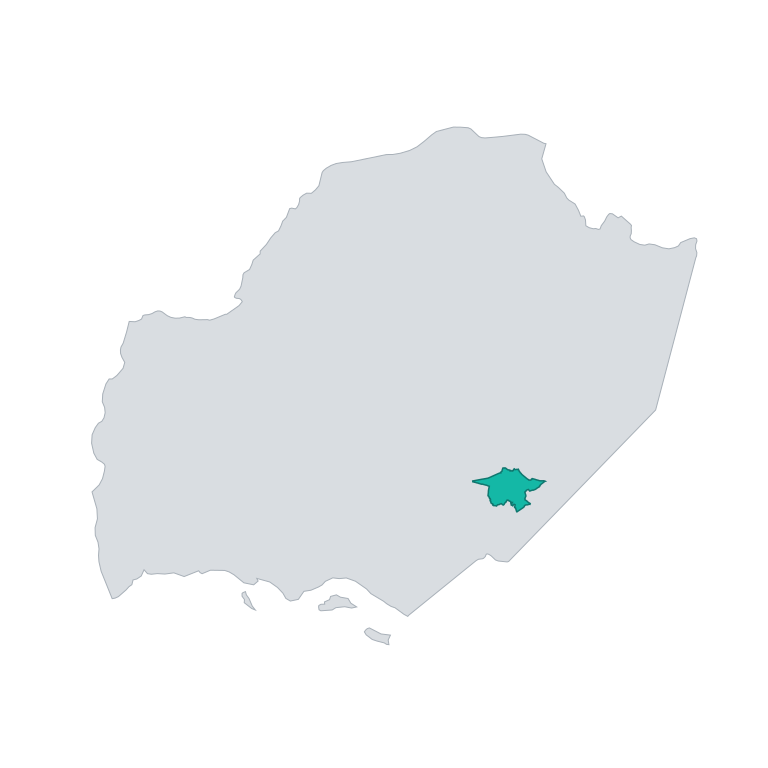 Monduli, Arusha, United Republic of Tanzania (highlighted), rotated 105°
{"feature_id": "72390352B11439822404473", "entity_name": "Monduli", "entity_type": "district", "adm_level": 2, "iso_a3": "TZA", "parent_name": "United Republic of Tanzania", "parent_adm1": "Arusha", "projection": "orthographic", "projection_center": [36.288, -3.452], "detail": "fine", "context": "in_parent", "style": "filled", "palette": "teal", "viewbox_px": 768, "rotation_deg": 105, "n_neighbors": 0, "source": "geoboundaries", "source_scale": "gbopen_adm2", "svg_char_len": 8552}
<svg xmlns="http://www.w3.org/2000/svg" viewBox="0 0 768 768"><g transform="rotate(105 384 384)"><path d="M287.7,538.0L279.6,533.7L272.2,531.2L266.1,528.3L263.4,525.5L257.8,524.4L252.9,524.0L248.3,521.4L239.0,520.5L238.0,518.7L237.8,514.9L236.1,513.8L232.8,512.9L229.1,512.9L226.9,513.5L225.6,513.2L222.5,511.0L219.7,508.1L218.6,503.5L214.3,500.5L209.4,498.2L195.8,498.5L193.6,497.8L190.4,495.5L186.5,491.6L183.4,487.2L180.7,481.2L177.8,473.1L161.7,440.9L160.0,434.8L156.9,428.0L151.8,419.7L146.4,413.5L139.2,408.0L131.0,402.4L126.5,398.7L117.9,383.5L116.1,376.4L114.7,369.0L115.2,366.0L120.4,356.4L120.8,353.7L120.2,350.1L117.5,342.5L114.1,333.3L107.3,316.6L106.3,312.3L106.3,309.1L110.1,292.0L110.0,289.7L125.7,289.9L137.1,282.3L147.0,271.1L149.0,266.4L153.0,259.2L157.0,255.6L158.5,253.1L160.7,246.0L165.9,241.1L171.0,237.3L170.0,234.7L170.7,233.7L173.5,231.8L178.9,230.0L179.9,226.3L179.9,222.0L179.0,219.7L179.2,216.9L178.3,215.4L174.8,215.1L169.5,213.0L165.0,212.1L162.0,210.9L160.9,210.0L160.5,207.4L162.9,200.9L160.4,198.2L165.8,187.4L166.8,186.0L168.8,185.8L172.0,184.7L174.9,184.1L177.3,184.5L179.1,184.1L180.6,182.8L181.9,179.2L183.0,173.0L182.4,168.0L180.1,164.2L179.4,158.3L180.4,150.4L179.7,143.8L177.1,138.6L174.5,135.4L170.6,134.0L164.4,126.0L162.5,122.1L162.8,119.7L164.9,118.7L168.9,119.0L172.6,118.1L176.1,115.8L179.4,115.2L181.2,115.5L338.8,114.9L523.2,217.7L524.0,219.0L525.4,227.8L525.1,230.8L522.3,235.9L521.4,238.6L521.4,240.5L522.1,241.2L524.5,241.5L526.6,242.7L527.3,243.6L528.9,247.5L530.9,249.4L600.7,300.1L602.3,300.9L601.3,305.1L597.3,315.4L597.0,319.6L595.5,324.7L594.0,328.0L589.9,342.4L586.5,347.8L581.9,360.5L581.1,370.2L583.6,377.0L584.5,383.3L589.8,389.6L594.1,391.8L597.0,394.7L602.1,401.2L605.0,407.7L614.2,411.0L617.9,418.3L616.5,423.3L612.2,427.5L608.1,434.2L604.8,443.1L604.7,456.6L606.9,454.6L611.7,457.9L612.3,467.9L607.1,479.5L605.6,484.9L605.3,489.6L608.8,503.5L614.3,510.6L613.8,512.8L612.4,514.7L621.7,527.2L620.8,538.1L624.3,546.5L625.8,553.9L628.0,559.5L628.4,563.4L625.5,567.7L632.3,568.8L636.3,572.3L638.2,575.7L643.1,575.6L645.8,577.9L649.6,579.8L658.1,585.5L660.4,588.3L661.7,591.0L638.0,608.8L629.5,613.3L623.4,615.4L617.0,616.6L610.8,619.3L604.9,623.7L597.5,625.9L588.4,625.9L578.9,629.0L563.8,638.1L555.2,633.0L548.3,631.4L540.5,631.5L535.7,632.1L533.9,633.2L532.4,636.4L531.1,641.5L525.9,646.4L516.9,651.1L508.6,652.8L500.9,651.6L495.8,649.7L493.1,646.9L489.1,645.7L483.9,645.9L478.9,647.8L474.1,651.5L466.4,653.1L455.9,652.6L450.3,650.8L449.5,647.8L444.9,644.2L436.4,640.1L430.2,640.0L426.2,643.9L422.6,646.4L419.3,647.4L416.4,647.6L412.1,646.5L400.5,646.1L389.5,646.3L388.3,640.5L386.0,637.1L384.0,635.0L380.2,634.5L379.2,632.9L377.9,629.3L376.0,626.3L373.5,623.8L372.0,621.5L371.5,619.3L371.8,616.9L374.1,611.1L374.8,607.1L374.5,602.9L373.3,598.7L370.6,593.7L370.9,592.3L370.0,588.8L369.9,586.4L370.4,583.4L369.9,579.5L367.5,571.1L367.5,568.9L365.1,564.9L357.7,555.3L357.4,554.0L345.8,544.3L341.1,542.2L339.5,544.0L338.9,545.7L339.4,548.8L339.1,550.4L338.6,551.1L335.9,551.0L334.2,550.6L329.8,548.0L326.4,547.4L317.9,547.9L315.0,548.5L312.7,547.9L308.2,543.5L302.9,542.6L298.2,542.4L290.4,537.3L287.7,538.0ZM615.7,375.6L619.4,386.3L618.9,388.3L616.2,389.5L614.8,389.6L613.1,387.9L612.0,384.3L609.9,385.1L606.4,380.8L603.0,380.6L600.0,375.4L601.2,370.9L600.5,363.2L604.3,359.3L606.4,352.7L608.8,357.3L609.3,364.3L612.5,372.6L615.7,375.6ZM634.5,311.8L634.8,314.3L634.0,316.7L634.1,324.3L633.8,329.3L630.9,336.3L628.5,338.8L626.5,338.1L624.7,336.9L623.4,335.0L626.2,322.2L624.9,312.8L630.2,313.7L634.5,311.8ZM625.7,466.2L623.0,466.9L622.0,466.2L620.4,464.1L623.3,462.4L626.1,458.9L632.6,453.8L635.6,449.8L635.1,453.7L631.4,462.4L628.3,463.0L625.7,466.2Z" fill="#d9dde1" stroke="#a8b0b8" stroke-width="1"/><path d="M473.1,222.5L472.4,221.9L472.0,221.6L471.6,221.2L468.4,218.4L467.2,217.4L466.6,217.0L465.7,216.7L465.2,216.8L464.5,216.2L463.9,215.4L463.8,214.6L462.4,212.1L462.4,211.9L462.0,212.0L461.6,211.9L461.3,212.9L461.3,213.1L461.0,213.9L460.3,215.4L460.2,215.4L459.8,216.4L459.4,217.8L459.2,217.8L458.9,217.9L458.5,218.3L458.1,218.3L457.8,218.1L457.7,218.1L457.4,218.2L457.1,218.2L456.7,218.1L456.2,218.0L456.0,217.9L455.9,217.9L455.6,218.1L455.3,218.1L455.2,218.1L454.9,218.2L454.7,218.2L454.6,218.3L454.4,218.4L454.3,218.5L454.2,218.6L453.9,218.8L453.5,219.0L453.4,219.1L453.2,219.3L452.7,219.5L452.4,219.8L452.3,219.7L452.0,219.7L451.9,219.7L451.8,219.8L451.7,219.9L451.4,219.8L451.1,219.5L450.8,219.4L450.7,219.2L450.4,219.0L450.0,219.0L449.9,219.0L449.5,218.6L449.1,218.2L448.5,217.2L449.6,215.7L449.7,215.4L449.3,215.0L448.7,214.1L448.5,213.7L448.0,212.9L447.9,212.5L447.8,212.1L447.2,211.4L446.6,210.5L445.9,209.9L445.3,209.4L444.8,209.1L444.6,208.9L443.7,207.9L443.3,207.5L443.1,207.4L442.9,207.2L442.6,207.1L442.3,207.1L442.2,207.3L441.5,207.1L441.4,206.9L440.8,206.6L440.6,206.5L440.4,206.5L437.8,204.5L437.1,204.0L436.4,203.4L436.2,203.1L436.1,203.6L436.1,203.8L436.2,205.0L436.6,206.1L436.9,207.4L437.1,207.9L437.1,208.1L437.1,208.6L437.2,209.2L437.1,209.5L437.1,210.4L437.1,211.8L437.1,212.4L437.0,213.1L437.0,216.3L437.8,216.5L438.0,216.6L437.9,216.9L438.1,216.9L439.1,217.8L439.2,218.9L439.3,219.1L439.1,219.2L438.9,219.6L438.9,220.4L436.2,226.3L435.5,227.7L434.8,228.5L434.5,229.3L433.7,230.1L433.1,231.0L432.7,231.2L432.1,231.7L431.5,232.4L432.2,233.1L432.2,234.1L432.7,234.9L432.7,235.2L432.7,235.5L432.6,235.8L432.2,236.2L432.2,236.3L432.1,236.5L432.1,236.8L432.2,236.6L432.4,236.5L432.5,236.5L433.5,236.8L433.6,236.7L433.9,236.8L434.1,236.7L434.2,236.8L434.3,237.0L434.5,237.1L434.5,237.3L434.8,237.5L434.7,237.8L434.9,238.1L435.0,238.4L435.0,238.7L434.8,239.0L434.7,239.2L434.7,239.3L434.8,239.4L434.7,239.4L434.7,239.6L434.9,239.7L435.0,239.7L434.9,239.9L434.9,240.3L434.7,240.6L434.6,240.9L434.7,241.4L434.8,241.7L434.8,242.2L434.7,242.5L434.7,242.8L434.2,243.6L434.2,244.0L433.9,244.3L433.8,244.9L433.7,245.1L433.7,245.5L434.0,245.7L434.1,246.0L434.1,246.7L434.5,247.5L436.1,247.5L436.7,247.6L437.2,247.5L437.6,247.4L438.7,248.1L439.0,248.5L439.3,248.5L439.6,248.3L439.7,248.7L439.8,248.7L440.2,249.3L440.6,250.0L448.0,259.1L449.9,263.1L450.8,265.1L453.4,270.5L454.7,273.2L455.5,272.9L455.5,272.5L455.4,272.0L455.5,271.2L455.4,270.6L455.4,270.0L455.5,269.5L455.4,267.7L455.5,267.0L455.5,266.1L455.5,265.7L455.5,264.6L455.6,264.3L455.5,263.8L455.3,263.0L455.2,262.7L455.3,262.2L455.3,261.6L455.3,260.6L455.3,259.5L455.2,259.1L455.2,258.6L455.4,257.8L455.4,257.6L455.4,257.2L455.5,256.7L455.5,255.8L456.2,255.7L456.6,255.8L456.9,255.7L457.7,255.7L458.9,255.6L459.4,255.6L459.6,255.5L459.8,255.5L460.3,255.5L461.7,255.1L462.2,255.1L463.1,254.9L464.7,254.7L464.8,254.5L465.0,254.5L465.2,254.4L465.2,254.2L465.4,253.7L465.6,253.5L465.7,253.4L465.8,253.3L466.1,253.2L466.4,252.8L466.5,252.8L466.6,252.7L466.7,252.8L466.8,252.7L467.0,252.6L467.1,252.3L467.2,252.2L467.3,252.2L467.5,252.1L467.6,251.9L467.5,251.7L467.8,251.6L468.0,251.5L467.9,251.3L468.1,251.2L468.3,251.1L468.6,251.2L468.7,251.4L468.8,251.4L468.9,251.2L469.1,251.1L469.3,251.2L469.6,251.0L469.7,250.6L469.8,250.6L470.0,250.4L470.3,250.2L470.6,250.2L470.8,250.1L471.0,249.9L471.2,249.6L471.3,249.6L471.3,249.4L471.4,249.2L471.5,249.2L471.7,248.7L471.7,248.4L471.6,248.1L471.8,247.8L472.1,247.8L472.1,247.7L472.3,247.6L472.5,247.5L472.5,247.3L473.0,247.3L473.1,246.3L472.8,245.6L472.7,244.2L472.7,243.7L472.4,243.7L472.2,243.6L471.6,243.2L471.2,243.0L471.1,242.8L471.0,242.5L470.9,241.8L470.7,241.7L470.4,241.4L470.0,240.9L469.8,240.6L469.2,239.8L469.2,239.6L469.5,239.1L469.8,238.4L470.0,238.0L470.0,237.8L470.0,237.7L470.0,237.4L469.9,237.2L469.6,237.1L469.1,236.8L468.9,236.8L468.5,236.7L468.3,236.6L467.9,236.5L467.2,236.2L466.7,235.9L466.7,235.7L466.4,235.6L466.2,235.7L465.9,235.5L465.6,235.4L465.4,235.4L465.2,235.3L465.0,235.2L464.8,235.2L464.4,235.2L464.2,235.0L464.2,234.4L464.1,233.9L464.3,233.7L464.3,233.4L464.5,233.2L464.4,232.9L464.5,232.8L464.6,232.7L464.7,232.4L464.7,231.8L464.7,231.5L464.7,231.4L464.8,231.3L465.1,231.2L465.9,230.8L465.6,230.7L465.3,230.1L465.2,229.5L465.6,229.7L465.9,229.6L466.0,229.7L467.3,229.7L467.5,229.8L467.8,229.8L467.8,229.6L468.0,229.5L468.0,229.1L468.0,228.7L468.2,228.4L468.4,228.0L468.3,227.9L468.0,227.9L467.3,227.9L467.0,227.8L466.7,227.5L466.5,227.3L466.5,227.1L466.7,226.1L467.5,226.0L468.1,226.0L468.4,226.0L468.5,225.9L469.2,225.9L469.2,225.6L469.3,225.5L469.4,225.4L469.6,225.4L469.6,225.1L469.7,224.9L469.8,224.7L470.3,224.5L470.8,224.2L471.3,223.8L472.0,223.5L472.4,223.3L473.1,222.5Z" fill="#14b8a6" stroke="#0f766e" stroke-width="1.5"/></g></svg>